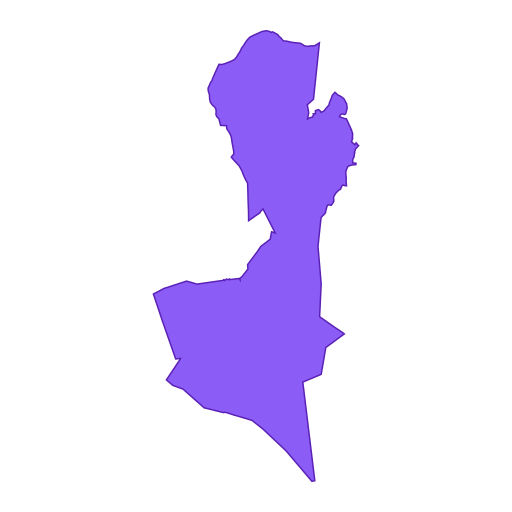 the district of San Juan Yucuita, Oaxaca, Mexico
{"feature_id": "50627088B89370206265788", "entity_name": "San Juan Yucuita", "entity_type": "district", "adm_level": 2, "iso_a3": "MEX", "parent_name": "Mexico", "parent_adm1": "Oaxaca", "projection": "equal_earth", "projection_center": [-97.266, 17.522], "detail": "fine", "context": "isolated", "style": "filled", "palette": "violet", "viewbox_px": 512, "rotation_deg": 0, "n_neighbors": 0, "source": "geoboundaries", "source_scale": "gbopen_adm2", "svg_char_len": 2948}
<svg xmlns="http://www.w3.org/2000/svg" viewBox="0 0 512 512"><path d="M321.0,218.2L321.0,217.8L322.7,215.7L323.8,214.8L325.4,212.9L326.0,210.1L327.0,206.3L328.2,204.7L329.6,205.0L331.2,205.3L332.5,203.6L333.8,201.4L333.6,196.9L335.6,193.4L338.7,190.2L340.5,189.3L341.7,186.4L342.7,185.0L345.6,185.8L346.5,185.8L346.1,180.8L346.2,179.3L346.2,177.1L345.9,174.8L345.8,172.3L346.0,170.9L347.6,166.8L349.2,165.8L351.5,165.1L355.9,164.6L356.0,163.2L352.8,162.9L352.6,159.7L354.1,156.8L354.2,155.4L354.3,154.2L354.8,153.0L354.3,152.6L354.9,151.0L355.6,148.9L358.6,145.6L358.0,145.1L356.1,142.8L354.9,144.7L351.5,141.8L352.6,138.6L352.6,138.1L352.4,138.1L352.7,133.9L351.3,129.5L348.9,124.2L346.4,118.8L344.3,118.5L339.5,116.7L340.2,115.1L342.0,113.8L344.5,114.5L345.2,114.2L345.7,113.6L346.8,109.7L347.2,108.1L346.6,103.8L344.0,98.9L341.9,97.1L339.9,95.9L337.9,95.0L335.0,92.3L332.3,95.3L331.6,97.5L329.4,102.9L328.9,105.1L326.6,107.6L324.1,110.8L321.5,112.3L321.0,112.2L321.1,111.8L318.6,109.6L315.4,110.6L315.4,113.7L314.4,113.7L313.2,113.9L313.7,114.8L312.4,116.8L312.5,117.0L309.4,117.9L307.5,119.0L308.7,112.6L307.5,105.9L307.2,104.9L313.5,99.2L319.4,42.8L314.5,45.8L310.5,45.9L307.4,46.4L304.3,45.7L301.6,43.9L300.2,43.2L293.2,42.5L290.9,42.1L286.5,41.1L284.3,41.0L283.2,40.7L281.1,38.1L278.7,36.0L278.0,34.8L276.3,33.8L274.1,32.6L272.3,31.8L271.1,32.5L269.5,31.4L266.1,30.7L262.0,31.5L253.1,35.5L249.8,37.2L247.5,39.6L245.1,42.9L243.6,45.5L241.7,47.9L239.9,51.7L238.2,54.2L236.7,56.8L234.6,59.4L231.2,61.2L225.1,63.6L221.9,64.5L219.0,64.3L216.8,69.0L212.7,78.3L211.9,80.7L210.8,82.0L208.1,88.1L208.2,90.7L209.4,94.7L209.6,98.8L210.2,101.9L211.3,103.6L212.7,105.4L215.0,107.3L216.1,110.0L216.1,112.1L215.9,114.5L216.8,116.6L218.9,118.9L220.6,125.4L226.5,125.7L226.8,128.8L228.5,131.3L230.1,134.0L231.3,137.1L232.2,143.2L233.2,148.4L233.7,151.4L233.8,153.5L233.4,154.6L232.6,155.3L231.8,156.4L231.3,157.2L233.6,159.9L239.2,165.9L240.0,167.4L242.1,171.3L243.3,174.7L244.4,177.1L245.9,180.3L247.3,182.4L247.6,183.9L247.8,189.2L247.9,192.2L248.0,196.3L248.0,197.3L248.1,201.1L248.3,206.4L248.5,211.4L248.6,220.7L250.7,219.2L253.1,217.6L255.4,215.9L258.7,213.7L259.5,213.2L261.2,210.8L263.0,208.9L275.2,233.0L271.6,231.8L270.2,239.2L260.8,246.4L257.4,251.5L247.6,264.6L247.9,269.1L242.0,276.6L240.0,278.2L240.1,280.0L239.9,279.7L238.9,278.5L229.6,279.6L229.5,279.0L229.1,279.1L227.7,279.6L227.1,279.3L226.3,279.1L224.9,280.5L224.0,279.6L223.7,279.7L223.6,280.2L223.6,280.3L197.0,284.1L186.6,281.1L164.1,288.4L153.4,294.0L162.5,321.3L175.7,359.0L180.5,358.4L180.2,359.2L166.4,379.9L172.8,385.4L183.0,389.1L204.1,407.8L223.5,412.6L225.4,412.3L231.8,414.3L233.5,414.9L247.2,418.9L251.3,420.2L252.0,420.4L263.1,429.2L286.1,450.9L311.9,481.3L314.8,480.7L302.8,382.1L321.2,374.3L325.8,347.5L344.3,333.9L342.5,332.5L334.5,327.2L319.6,316.7L321.2,284.0L318.5,252.2L318.0,246.5L319.1,235.8L321.0,218.2Z" fill="#8b5cf6" stroke="#5b21b6" stroke-width="1.5"/></svg>